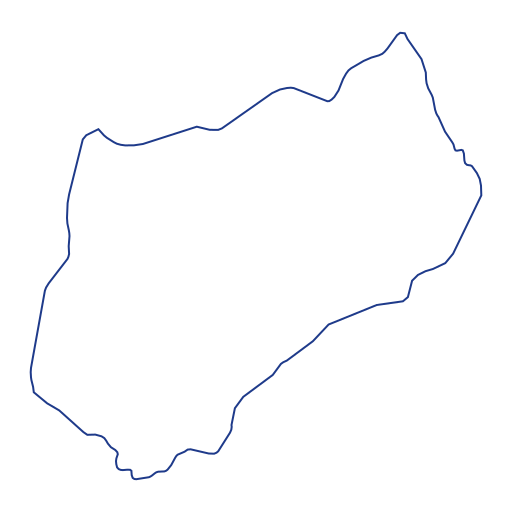 Logone Occidental, Equal Earth projection
{"feature_id": "TCD-1484", "entity_name": "Logone Occidental", "entity_type": "Prefecture", "adm_level": 1, "iso_a3": "TCD", "parent_name": "Chad", "parent_adm1": "", "projection": "equal_earth", "projection_center": [15.903, 8.748], "detail": "fine", "context": "isolated", "style": "outline", "palette": "blue", "viewbox_px": 512, "rotation_deg": 0, "n_neighbors": 0, "source": "natural_earth", "source_scale": "10m", "svg_char_len": 1965}
<svg xmlns="http://www.w3.org/2000/svg" viewBox="0 0 512 512"><path d="M400.2,32.8L404.8,33.3L407.5,39.0L421.5,59.1L425.8,72.5L426.1,79.5L426.6,83.3L428.2,88.3L431.7,94.9L432.8,97.6L435.1,109.7L436.3,113.4L437.4,115.5L438.5,117.1L445.0,131.6L452.4,142.5L453.5,144.5L454.6,148.8L455.5,150.4L457.0,150.7L461.4,149.9L462.8,150.4L463.9,153.6L464.4,160.5L465.1,163.1L466.9,164.8L468.8,165.2L470.6,165.4L472.0,166.2L476.9,173.1L479.7,178.9L481.0,185.6L481.3,195.4L453.1,253.7L445.3,263.1L432.9,269.0L425.5,271.2L418.0,274.9L412.1,280.7L407.9,297.1L402.9,301.3L376.7,305.0L328.6,324.5L312.9,341.2L286.8,360.6L283.3,362.2L280.9,363.9L272.8,374.9L243.3,396.8L234.9,408.2L231.5,425.0L231.7,426.9L231.3,429.7L230.0,432.7L218.2,451.3L216.5,452.7L214.1,453.7L208.7,453.5L190.6,449.3L187.6,449.6L184.6,451.7L177.6,454.7L176.3,456.0L175.2,457.7L171.2,465.1L167.6,469.6L166.2,470.7L164.5,471.4L158.2,471.7L156.3,472.3L154.8,473.3L151.9,475.6L150.5,476.5L149.0,477.2L136.3,479.2L134.4,479.0L132.7,477.9L131.7,475.1L131.4,470.8L130.1,469.8L127.4,469.7L122.8,470.1L120.7,469.9L118.7,469.1L117.1,467.4L116.3,464.2L116.0,461.1L116.4,458.3L117.8,454.2L117.3,452.2L115.3,450.0L110.9,447.2L107.9,443.6L106.2,440.7L104.3,438.1L101.5,436.3L95.3,434.6L87.3,434.8L83.4,432.1L59.2,410.4L47.1,403.3L33.8,392.3L33.1,386.9L31.4,380.0L31.0,377.4L30.7,372.2L31.0,367.9L44.9,290.7L46.1,287.5L48.7,283.3L67.5,258.9L68.4,256.8L69.1,254.0L68.7,246.2L69.5,236.1L69.3,233.2L68.9,230.6L67.4,223.5L67.0,218.0L67.6,203.1L69.1,194.4L82.8,139.4L86.3,135.2L98.4,129.2L104.0,135.4L106.9,137.8L113.7,142.1L116.8,143.7L120.8,144.8L125.2,145.4L134.1,145.3L142.9,144.0L196.8,126.7L209.7,129.8L218.1,129.9L221.9,128.4L272.1,93.1L280.0,89.5L287.0,88.0L290.8,87.7L293.8,88.1L327.3,101.2L329.2,101.1L331.6,99.6L334.3,97.0L338.5,90.5L343.1,79.0L346.1,73.6L348.5,70.4L351.2,68.2L363.7,60.9L371.3,57.6L378.8,55.4L382.3,53.8L384.6,51.8L387.4,48.6L397.1,35.1L400.2,32.8Z" fill="none" stroke="#1e3a8a" stroke-width="2"/></svg>